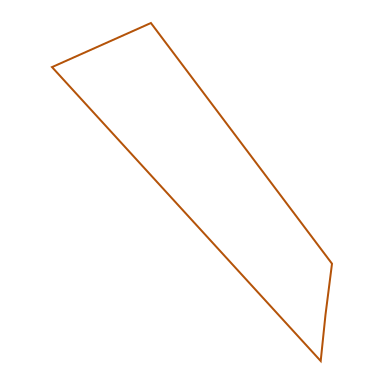 Baiti, Natural Earth projection
{"feature_id": "NRU-4976", "entity_name": "Baiti", "entity_type": "state/province", "adm_level": 1, "iso_a3": "NRU", "parent_name": "Nauru", "parent_adm1": "", "projection": "natural_earth1", "projection_center": [166.929, -0.506], "detail": "fine", "context": "isolated", "style": "outline", "palette": "amber", "viewbox_px": 384, "rotation_deg": 0, "n_neighbors": 0, "source": "natural_earth", "source_scale": "10m", "svg_char_len": 194}
<svg xmlns="http://www.w3.org/2000/svg" viewBox="0 0 384 384"><path d="M52.0,67.1L150.9,23.0L332.0,263.7L325.5,314.7L320.7,361.0L52.0,67.1Z" fill="none" stroke="#b45309" stroke-width="2"/></svg>